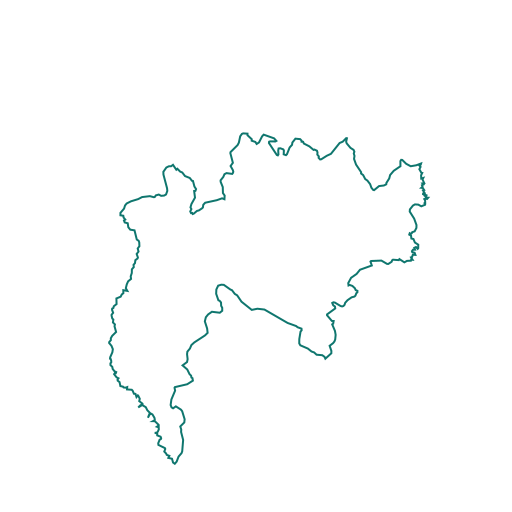 Gungu, Bandundu, Democratic Republic of the Congo (Mercator projection), rotated 145°
{"feature_id": "63176286B71176382547280", "entity_name": "Gungu", "entity_type": "district", "adm_level": 2, "iso_a3": "COD", "parent_name": "Democratic Republic of the Congo", "parent_adm1": "Bandundu", "projection": "mercator", "projection_center": [19.308, -5.768], "detail": "fine", "context": "isolated", "style": "outline", "palette": "teal", "viewbox_px": 512, "rotation_deg": 145, "n_neighbors": 0, "source": "geoboundaries", "source_scale": "gbopen_adm2", "svg_char_len": 6115}
<svg xmlns="http://www.w3.org/2000/svg" viewBox="0 0 512 512"><g transform="rotate(145 256 256)"><path d="M135.1,165.4L131.8,163.3L131.0,164.0L129.9,163.1L129.8,166.0L128.7,165.7L126.8,167.1L124.8,165.5L124.2,167.7L125.8,169.5L125.5,170.5L123.7,171.1L122.1,170.0L121.7,171.9L119.8,171.6L119.5,169.1L118.7,169.3L116.6,172.2L118.1,175.9L117.3,179.6L118.7,181.2L117.3,183.8L118.2,185.6L117.0,186.5L116.4,185.4L115.4,185.3L114.4,185.9L111.9,185.2L108.5,187.0L106.8,189.3L105.0,195.9L104.6,204.2L103.2,205.9L98.5,207.3L96.2,207.1L93.6,205.0L92.1,201.9L88.1,201.0L87.4,201.7L87.6,202.7L86.6,202.9L85.6,204.6L85.5,206.1L84.3,205.9L83.2,204.6L81.6,205.0L83.4,206.4L81.5,207.9L81.9,208.5L83.2,208.4L83.4,209.0L82.3,210.0L83.6,210.9L83.2,211.4L81.7,211.2L81.6,213.9L80.4,213.6L80.4,216.1L81.4,217.0L79.9,217.1L79.5,218.8L77.8,218.5L78.0,220.0L76.4,219.2L75.7,223.2L74.2,224.0L76.2,224.7L74.4,227.5L72.2,228.7L72.8,229.4L72.4,233.4L70.1,234.6L70.3,236.4L68.7,236.3L67.7,237.1L72.7,238.4L77.8,240.8L80.1,245.4L81.1,250.8L81.9,251.5L83.3,250.9L86.2,246.7L94.3,246.8L99.7,245.4L102.4,243.1L107.2,241.1L108.2,240.0L110.8,240.4L115.1,242.7L121.5,242.2L122.1,242.9L122.3,245.8L121.3,249.4L121.5,253.9L122.4,256.4L121.8,260.8L122.6,263.3L121.8,264.4L121.6,273.5L120.0,279.3L117.9,281.5L117.1,283.9L115.6,285.0L115.2,287.0L116.6,290.4L117.1,296.3L116.6,297.9L114.0,300.3L114.5,300.8L119.4,299.9L122.7,300.6L136.0,296.7L140.5,297.5L147.1,297.8L148.1,298.3L148.4,300.5L147.4,301.6L147.6,303.9L146.2,305.6L145.7,307.3L147.1,309.7L148.0,309.9L149.4,315.2L152.3,320.7L151.9,322.5L153.1,323.5L152.5,324.3L152.8,326.4L156.4,329.5L161.1,328.1L162.7,326.4L166.2,325.6L172.3,321.6L173.6,321.4L175.0,323.4L172.6,326.5L172.5,327.7L174.3,330.3L175.8,331.1L177.2,329.8L179.4,326.3L180.4,325.9L181.0,326.8L180.6,341.1L179.7,342.1L178.7,341.8L174.4,338.7L173.3,338.6L173.7,342.0L180.1,351.0L182.4,350.5L188.4,347.3L191.2,347.4L191.1,349.8L193.4,352.9L192.5,354.1L193.7,359.8L192.8,361.1L196.2,363.8L197.5,364.1L200.3,363.1L205.0,358.7L207.5,357.4L217.3,355.7L218.0,355.0L221.5,345.6L225.2,344.3L225.7,339.6L226.3,338.0L227.4,337.2L228.4,336.9L232.6,340.8L234.9,341.1L237.5,339.5L241.6,338.3L242.4,337.1L243.7,331.5L247.0,326.5L247.0,323.5L249.3,320.6L250.7,322.7L256.1,324.2L267.1,328.8L269.8,328.2L271.7,326.2L273.0,326.0L276.7,326.1L278.5,326.8L282.7,326.4L283.8,326.7L283.6,327.9L284.6,328.4L284.3,330.2L282.0,331.5L281.8,333.4L279.1,335.6L272.5,338.8L269.4,344.7L268.3,344.1L266.7,345.2L266.6,348.2L264.6,353.6L265.3,354.3L265.5,357.9L268.3,362.2L268.5,366.7L269.7,368.6L270.4,372.6L271.8,372.4L271.7,378.3L274.0,378.2L276.0,379.5L278.7,379.9L283.6,378.1L285.1,375.8L290.0,362.5L291.3,360.2L294.4,358.0L296.6,358.2L299.2,359.7L300.4,362.1L303.3,363.1L305.1,362.4L305.9,362.7L308.6,365.9L315.5,369.6L319.9,370.2L327.0,372.5L331.8,373.2L334.3,372.5L336.9,370.5L342.3,369.1L343.7,367.1L341.6,365.1L342.4,363.4L342.2,360.8L343.8,360.8L344.3,358.8L342.3,356.4L344.1,352.8L343.9,349.7L340.8,346.7L344.2,337.9L343.4,335.8L343.8,334.2L345.9,330.9L348.6,330.0L349.7,327.0L352.6,326.1L353.6,322.5L354.5,321.9L357.2,321.8L359.2,319.6L361.4,319.0L362.5,317.0L365.3,316.3L367.5,313.3L370.3,311.2L371.5,308.9L375.3,308.6L378.1,306.9L381.1,304.3L381.4,301.2L384.3,304.1L386.0,301.6L388.0,301.5L390.2,300.3L394.7,301.3L397.8,296.6L401.3,296.4L402.7,295.2L404.0,295.4L404.8,294.5L405.6,291.4L408.0,290.7L408.5,290.0L409.6,287.2L409.3,285.8L411.3,283.6L410.8,280.9L412.2,279.6L414.2,274.0L419.6,273.1L422.1,271.9L423.2,270.3L425.6,269.7L426.2,269.0L425.9,265.3L426.7,261.8L428.9,259.5L433.5,256.7L434.5,255.6L434.1,254.9L434.8,253.0L435.7,251.8L436.8,251.6L437.8,250.1L437.3,247.7L438.2,245.6L438.0,242.6L437.1,241.1L438.1,240.4L438.9,241.0L440.0,240.6L439.8,236.6L438.8,234.7L440.4,234.1L440.8,233.2L440.1,231.0L441.7,227.2L439.9,225.3L439.9,224.3L438.3,222.9L436.7,222.5L438.2,220.7L434.5,217.7L434.3,216.4L435.0,213.2L433.8,212.2L434.8,209.0L432.7,209.6L432.6,209.2L433.1,205.7L434.9,204.1L433.7,200.1L434.0,199.6L436.4,200.0L439.3,199.5L434.7,199.2L433.0,195.4L433.5,192.0L432.9,188.4L437.3,185.5L433.8,187.3L432.2,186.8L431.7,185.5L432.0,181.7L432.7,180.1L433.3,179.6L435.1,179.8L433.6,178.7L432.6,173.5L432.9,173.0L435.1,173.0L434.6,172.3L433.5,172.2L435.1,169.7L437.1,168.5L438.6,168.2L440.4,169.2L438.7,167.3L439.8,165.7L437.8,162.7L438.2,161.1L438.9,160.6L440.3,160.8L443.5,158.7L444.3,157.2L440.8,150.9L441.0,150.0L443.3,148.4L442.9,145.7L443.2,144.3L441.6,142.0L443.6,140.9L441.1,138.1L442.4,134.4L441.7,132.4L438.9,133.1L434.5,136.1L430.1,137.2L428.5,138.3L421.2,147.1L418.3,154.8L416.8,156.7L415.8,159.8L410.2,160.8L408.1,163.2L405.5,171.2L405.6,173.2L407.9,178.8L411.3,178.8L412.0,180.5L411.4,182.9L407.6,187.0L399.5,192.1L398.3,194.8L397.6,195.1L385.9,190.4L379.2,190.1L378.1,192.4L378.6,193.5L377.8,195.2L378.2,197.3L377.4,202.5L378.9,208.5L373.3,208.7L371.2,210.7L368.8,215.1L367.1,217.0L363.2,218.1L360.0,220.1L356.1,220.6L343.3,220.2L339.7,220.8L337.6,224.7L335.4,231.8L332.2,234.6L328.7,235.6L324.1,235.6L318.2,230.3L315.1,230.5L313.4,232.9L313.1,235.2L311.3,238.0L311.5,240.2L312.2,241.3L310.3,247.9L307.7,251.3L304.0,253.4L300.9,252.4L298.9,250.8L296.2,243.2L295.3,241.8L295.1,237.1L294.0,234.6L294.1,226.9L290.4,214.3L285.1,212.0L279.8,207.3L268.5,183.0L263.3,175.6L262.8,173.8L260.4,170.4L261.2,169.0L262.9,168.5L268.2,163.1L270.7,159.6L270.9,157.4L266.6,150.4L265.3,145.9L263.7,143.7L263.0,140.4L258.6,136.7L257.7,134.1L258.1,132.1L250.1,133.1L248.7,135.0L247.2,140.2L242.8,140.4L240.8,141.0L239.0,142.2L236.0,145.7L234.3,149.3L232.8,156.3L231.6,156.3L229.7,158.2L231.1,159.3L231.8,166.7L231.3,167.4L221.2,167.6L220.3,169.3L221.0,171.3L220.5,173.8L219.2,173.7L218.1,172.6L215.4,166.5L214.4,165.3L213.1,164.9L211.5,165.2L209.8,166.5L206.4,167.3L201.4,167.3L198.6,166.3L197.3,166.5L195.1,168.0L193.8,168.1L192.9,169.3L193.9,170.9L193.5,172.9L194.2,176.2L195.9,178.6L197.1,178.8L196.0,180.9L190.6,183.6L183.9,183.6L178.7,185.1L166.6,181.8L165.4,185.8L164.6,185.9L155.9,180.3L153.2,174.4L152.2,173.6L148.2,173.5L146.9,174.4L145.9,174.4L141.4,170.7L140.3,171.2L138.1,165.7L135.1,165.4Z" fill="none" stroke="#0f766e" stroke-width="2"/></g></svg>